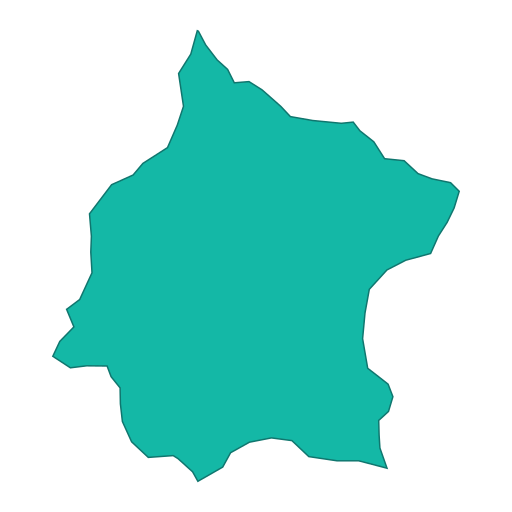 outline of Kidasi, Paphos, Cyprus
{"feature_id": "46923920B63387456593082", "entity_name": "Kidasi", "entity_type": "district", "adm_level": 2, "iso_a3": "CYP", "parent_name": "Cyprus", "parent_adm1": "Paphos", "projection": "robinson", "projection_center": [32.711, 34.815], "detail": "fine", "context": "isolated", "style": "filled", "palette": "teal", "viewbox_px": 512, "rotation_deg": 0, "n_neighbors": 0, "source": "geoboundaries", "source_scale": "gbopen_adm2", "svg_char_len": 1093}
<svg xmlns="http://www.w3.org/2000/svg" viewBox="0 0 512 512"><path d="M198.4,31.2L197.3,30.7L190.8,54.1L178.6,73.5L183.5,106.3L177.3,125.1L167.5,147.6L142.9,163.4L133.1,175.0L111.6,184.7L89.5,213.8L91.4,236.3L90.8,252.1L92.0,272.8L79.7,299.5L66.8,309.2L66.6,309.3L73.9,326.9L59.8,341.4L52.8,356.3L70.4,367.8L86.7,365.8L107.1,366.0L111.1,376.7L120.1,387.9L120.4,403.9L122.4,421.5L131.2,440.9L131.7,441.9L148.3,457.4L173.2,455.6L178.0,458.6L192.6,471.8L197.9,481.3L199.6,480.3L222.7,467.1L230.6,452.7L249.4,442.2L271.4,437.9L291.9,440.6L308.8,456.6L337.1,460.8L358.7,460.8L387.0,468.2L379.9,448.0L379.1,435.2L378.7,420.4L384.1,415.5L388.5,411.4L392.9,396.7L388.1,384.2L378.8,376.9L367.7,368.3L362.6,338.7L365.0,313.0L369.3,289.3L387.0,269.9L405.8,260.2L430.6,253.5L438.4,236.0L447.1,222.4L454.1,208.0L459.2,191.3L450.6,182.7L431.9,178.8L418.0,173.6L404.1,160.7L384.6,158.7L373.8,141.8L359.9,130.8L353.2,122.1L341.3,123.3L312.6,120.5L290.4,116.6L280.8,106.4L262.1,89.9L249.0,81.6L234.3,82.8L227.6,69.4L217.2,60.0L205.7,45.0L198.4,31.2Z" fill="#14b8a6" stroke="#0f766e" stroke-width="1.5"/></svg>